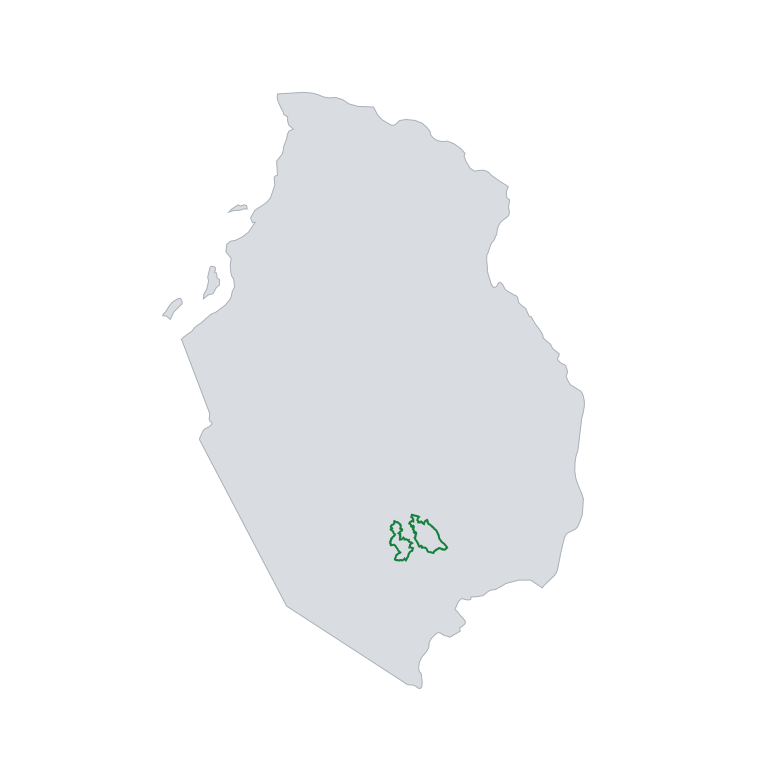 location of Kahama, Shinyanga, United Republic of Tanzania, rotated 213°
{"feature_id": "72390352B22692962057204", "entity_name": "Kahama", "entity_type": "district", "adm_level": 2, "iso_a3": "TZA", "parent_name": "United Republic of Tanzania", "parent_adm1": "Shinyanga", "projection": "albers", "projection_center": [32.403, -3.76], "detail": "fine", "context": "in_parent", "style": "outline", "palette": "green", "viewbox_px": 768, "rotation_deg": 213, "n_neighbors": 0, "source": "geoboundaries", "source_scale": "gbopen_adm2", "svg_char_len": 9460}
<svg xmlns="http://www.w3.org/2000/svg" viewBox="0 0 768 768"><g transform="rotate(213 384 384)"><path d="M297.0,520.5L289.7,516.7L283.2,514.4L277.8,511.8L275.4,509.3L270.3,508.4L266.0,508.0L261.9,505.6L253.6,504.8L252.7,503.2L252.5,499.8L251.1,498.9L248.1,498.0L244.8,498.1L242.8,498.6L241.7,498.3L238.9,496.3L236.4,493.7L235.5,489.6L231.7,487.0L227.3,484.9L215.1,485.1L213.2,484.5L210.3,482.4L206.9,479.0L204.2,475.0L201.8,469.7L199.3,462.5L185.2,433.8L183.8,428.3L181.1,422.3L176.6,414.9L171.8,409.4L165.4,404.4L158.1,399.5L154.1,396.1L146.6,382.6L145.0,376.3L143.8,369.7L144.3,367.0L149.0,358.5L149.4,356.2L148.8,352.9L146.5,346.2L143.5,338.0L137.5,323.1L136.7,319.3L136.7,316.5L140.2,301.3L140.1,299.2L154.2,299.4L164.4,292.8L173.3,282.8L175.1,278.7L178.7,272.3L182.3,269.1L183.6,266.9L185.7,260.5L190.3,256.2L194.9,252.9L194.0,250.6L194.6,249.7L197.1,248.0L202.0,246.4L202.9,243.1L202.9,239.4L202.1,237.3L202.2,234.8L201.5,233.5L198.3,233.1L193.6,231.3L189.6,230.5L187.0,229.4L186.0,228.6L185.5,226.3L187.7,220.5L185.5,218.1L190.4,208.5L191.3,207.3L193.1,207.2L195.9,206.1L198.5,205.7L200.6,206.0L202.2,205.6L203.6,204.5L204.8,201.3L205.7,195.8L205.2,191.4L203.1,187.9L202.6,182.7L203.5,175.7L202.8,169.8L200.6,165.2L198.2,162.4L194.7,161.1L189.1,154.0L187.4,150.6L187.7,148.4L189.7,147.5L193.2,147.8L196.5,147.0L199.6,145.0L202.6,144.4L204.2,144.7L344.7,144.7L508.3,236.8L509.0,237.9L510.3,245.8L510.0,248.5L507.4,253.0L506.7,255.4L506.6,257.0L507.2,257.7L509.4,257.9L511.2,259.0L511.9,259.9L513.3,263.3L515.0,265.0L576.9,310.3L578.3,311.0L577.4,314.8L573.8,323.9L573.6,327.7L572.2,332.2L570.8,335.1L567.2,347.9L564.1,352.7L560.0,363.9L559.2,372.5L561.5,378.6L562.3,384.2L567.0,389.8L570.8,391.8L573.4,394.4L577.9,400.2L580.5,406.0L588.7,408.9L591.9,415.5L590.7,419.9L586.8,423.6L583.2,429.6L580.3,437.4L580.1,449.5L582.1,447.7L586.4,450.6L586.9,459.5L582.3,469.8L580.9,474.6L580.7,478.8L583.8,491.2L588.7,497.5L588.3,499.4L587.0,501.1L595.4,512.3L594.6,521.9L597.7,529.5L599.0,536.0L601.0,541.0L601.4,544.5L598.8,548.3L604.9,549.3L608.5,552.5L610.2,555.5L614.6,555.4L617.0,557.4L620.5,559.2L628.1,564.3L630.1,566.8L631.3,569.2L610.2,584.9L602.5,588.9L597.1,590.7L591.3,591.7L585.7,594.2L580.5,598.0L573.8,599.9L565.7,599.9L557.1,602.6L543.6,610.6L535.9,606.1L529.7,604.6L522.7,604.7L518.4,605.2L516.8,606.2L515.5,608.9L514.3,613.5L509.6,617.8L501.5,622.0L494.0,623.5L487.2,622.4L482.6,620.6L480.2,618.2L476.6,617.1L471.9,617.2L467.4,618.9L463.1,622.2L456.2,623.6L446.8,623.1L441.7,621.5L441.0,618.8L436.9,615.6L429.4,611.9L423.8,611.8L420.2,615.3L416.9,617.5L414.0,618.3L411.3,618.4L407.5,617.5L397.1,617.1L387.2,617.2L386.2,612.1L384.2,609.0L382.4,607.1L379.0,606.7L378.1,605.2L376.9,602.1L375.3,599.4L373.0,597.1L371.7,595.1L371.3,593.2L371.6,591.1L373.7,585.8L374.4,582.3L374.1,578.6L373.0,574.9L370.7,570.4L371.0,569.1L370.2,566.0L370.1,563.9L370.6,561.3L370.1,557.8L368.1,550.3L368.1,548.4L366.0,544.7L359.4,536.2L359.1,535.1L348.8,526.4L344.7,524.5L343.2,526.1L342.7,527.6L343.1,530.4L342.8,531.8L342.4,532.4L340.0,532.3L338.4,532.0L334.5,529.6L331.5,529.1L323.9,529.5L321.3,530.0L319.2,529.5L315.2,525.5L310.5,524.7L306.3,524.5L299.4,520.0L297.0,520.5ZM590.0,377.5L593.4,387.0L592.9,388.8L590.5,389.8L589.2,389.9L587.8,388.4L586.7,385.2L584.9,385.9L581.8,382.1L578.7,381.9L576.0,377.3L577.1,373.3L576.6,366.5L579.9,363.0L581.8,357.1L584.0,361.2L584.4,367.4L587.2,374.8L590.0,377.5ZM606.9,320.8L607.2,323.1L606.5,325.2L606.6,332.0L606.3,336.5L603.7,342.7L601.6,344.9L599.7,344.2L598.2,343.2L597.0,341.4L599.5,330.1L598.4,321.7L603.2,322.5L606.9,320.8ZM598.9,458.1L596.5,458.7L595.6,458.1L594.1,456.2L596.7,454.7L599.2,451.6L605.0,447.1L607.8,443.5L607.3,447.0L604.0,454.7L601.2,455.2L598.9,458.1Z" fill="#d9dde1" stroke="#a8b0b8" stroke-width="1"/><path d="M241.9,281.2L242.2,281.4L243.1,281.6L243.6,281.9L244.4,282.1L245.0,282.3L245.8,282.5L246.4,282.8L248.4,282.8L250.8,283.3L251.5,283.8L253.3,284.4L253.9,284.8L254.6,285.7L255.3,286.3L255.6,286.7L255.8,286.8L255.8,287.0L256.1,287.2L256.2,287.3L256.5,287.2L256.7,287.4L257.1,287.7L257.4,287.8L257.8,288.3L258.5,288.4L258.8,288.7L258.9,288.8L259.3,289.0L259.7,289.4L260.3,289.6L260.5,289.7L260.6,289.8L260.8,289.8L261.0,289.9L261.3,289.8L262.3,289.8L262.6,289.8L262.9,290.0L263.2,290.0L263.5,290.1L264.0,290.2L264.3,290.3L264.3,290.5L264.7,290.5L264.9,290.6L265.0,290.5L265.3,290.6L266.0,290.5L266.2,290.8L266.6,290.8L266.9,290.7L267.3,290.9L268.1,291.0L268.8,291.2L269.4,291.0L269.5,291.0L269.8,290.8L270.6,290.9L270.8,291.1L271.6,291.4L272.0,291.7L272.0,292.0L272.4,292.5L272.5,292.5L272.8,292.6L273.0,292.6L273.1,292.8L273.2,292.7L273.4,292.9L273.6,293.0L273.7,293.3L273.9,293.4L274.0,293.2L274.6,292.1L274.8,291.1L274.8,290.1L274.4,289.0L274.2,288.3L274.9,288.3L275.2,288.4L275.3,288.3L275.7,288.4L276.0,288.3L276.8,288.8L277.8,289.0L278.2,288.8L278.5,288.5L278.5,287.4L278.7,287.2L279.0,287.0L280.0,286.6L280.1,286.9L280.5,287.5L281.2,287.8L281.9,287.9L282.2,288.6L282.3,289.7L282.5,290.1L282.4,291.2L282.3,291.5L282.9,291.4L283.1,291.5L283.2,291.3L283.4,291.3L283.6,291.3L284.2,291.1L284.8,291.1L285.2,290.9L285.7,290.8L286.0,290.5L286.7,290.3L287.2,290.2L287.5,290.0L288.2,289.9L288.4,289.8L288.6,289.8L289.0,289.5L289.4,289.4L289.3,289.1L288.9,288.2L288.8,287.7L288.6,287.2L287.2,287.4L286.2,286.4L285.6,286.3L284.6,284.7L285.5,284.5L286.0,284.3L286.1,284.2L286.3,283.2L286.9,282.7L287.0,282.0L286.8,280.7L285.7,280.9L285.2,280.8L284.2,280.2L284.0,279.5L283.9,279.4L283.6,279.3L283.1,279.4L283.1,280.4L282.4,280.8L282.1,281.1L281.8,280.9L281.4,280.7L281.2,280.5L281.2,280.4L281.2,280.0L281.3,279.5L281.3,279.2L280.7,279.2L280.5,277.8L279.8,277.8L279.3,277.5L278.7,277.0L278.5,276.4L277.7,276.5L277.5,276.9L276.1,276.9L275.7,276.3L276.0,276.0L276.0,275.8L276.3,275.6L275.3,275.5L275.1,275.0L275.0,273.5L274.5,273.2L274.3,273.0L274.6,271.7L273.9,271.4L272.6,270.5L271.3,270.1L271.0,269.9L270.7,269.8L270.4,269.6L269.8,269.4L269.4,269.0L269.1,268.9L268.7,268.8L268.5,268.5L268.4,268.4L268.1,268.2L267.8,268.0L267.6,268.1L267.5,267.9L267.2,267.6L266.8,267.3L266.6,267.1L266.2,267.0L266.1,266.9L265.8,266.8L265.5,267.3L265.1,267.7L265.0,268.0L264.9,268.4L264.5,268.7L264.1,268.6L263.8,268.4L263.3,267.5L263.1,267.3L262.6,267.6L262.2,268.1L261.6,268.6L261.3,268.6L260.9,268.7L260.5,269.1L259.6,269.2L259.0,269.1L258.1,268.6L257.9,268.5L257.4,268.2L256.9,268.0L256.8,267.8L256.1,267.4L255.6,267.4L254.6,267.6L253.0,268.5L252.2,268.6L250.5,269.2L250.5,269.6L250.6,270.2L250.8,270.6L250.7,271.2L250.7,271.4L250.6,271.5L250.3,272.1L250.3,272.4L249.9,272.7L250.1,273.4L249.8,273.7L249.6,274.2L249.0,274.8L248.9,275.2L248.7,275.3L248.8,275.7L248.5,276.5L247.1,276.9L246.9,277.0L246.6,276.9L246.0,276.9L245.8,276.8L245.4,277.0L245.3,277.3L245.1,277.4L244.7,277.3L244.7,277.5L244.1,277.5L243.9,277.6L243.6,277.7L243.2,277.8L243.1,278.1L242.8,278.2L242.8,278.4L242.6,278.6L242.5,278.8L242.6,279.1L242.3,279.7L242.4,280.2L242.0,280.8L241.9,281.2ZM269.7,248.0L269.8,248.5L269.6,248.9L269.6,249.1L269.7,249.7L270.1,250.6L270.0,251.0L269.8,251.2L269.8,252.4L270.0,253.0L270.5,253.7L270.4,254.2L270.4,254.5L270.7,254.9L270.8,255.1L270.7,255.9L270.8,257.3L270.4,258.2L269.9,259.0L269.5,259.4L269.6,260.0L270.0,260.4L270.0,260.5L270.2,262.1L271.6,261.8L272.3,261.6L273.7,260.7L273.9,261.2L274.0,261.9L274.2,262.6L274.4,263.0L274.6,263.3L274.4,264.5L273.8,265.9L275.4,265.9L275.7,265.6L276.1,265.5L276.6,265.3L277.0,265.4L277.9,265.8L278.2,266.6L278.9,265.9L279.7,266.1L280.6,266.0L280.9,265.7L281.2,265.3L281.9,264.8L282.1,265.2L282.6,265.4L283.1,265.5L283.3,265.5L284.1,265.7L284.2,264.9L284.2,264.6L284.3,264.4L284.5,263.5L284.8,263.0L285.1,262.8L285.9,262.2L286.5,263.1L287.0,263.7L287.1,264.9L287.2,265.2L287.5,265.5L288.0,265.4L288.3,265.6L288.6,267.1L288.8,267.3L289.2,267.2L289.4,267.2L289.6,266.9L290.1,266.9L290.4,266.7L290.5,266.7L290.1,268.2L290.1,269.0L289.6,269.8L289.3,270.5L289.5,270.5L289.6,271.9L290.2,272.1L290.4,272.1L290.7,271.9L290.8,271.6L291.6,271.5L291.8,272.1L292.2,273.1L292.5,274.0L293.0,274.5L294.0,274.7L294.1,274.8L294.0,275.1L295.8,275.3L296.5,275.5L297.2,275.5L297.3,275.2L297.7,275.0L298.5,275.0L299.8,274.7L300.7,274.7L300.7,274.4L300.4,274.0L300.1,273.7L299.4,272.6L299.7,271.8L299.7,271.4L299.9,270.9L300.7,270.0L300.7,268.1L300.3,267.8L298.8,267.6L298.4,267.4L298.5,267.1L298.9,266.4L299.3,265.9L299.3,265.7L299.0,265.5L298.7,265.5L296.3,265.4L295.8,265.1L295.1,264.4L293.9,264.1L292.7,263.8L292.7,263.1L292.7,262.6L292.9,262.1L292.8,261.9L292.8,261.6L293.0,261.4L293.1,261.1L293.2,260.6L293.4,260.4L293.4,259.9L293.5,259.6L293.5,259.0L293.7,258.3L293.7,258.1L293.4,258.1L293.5,257.9L293.3,257.7L293.3,257.3L293.0,256.8L293.0,256.4L292.9,256.0L293.0,255.6L292.9,255.6L293.0,255.1L292.8,254.8L292.5,254.8L292.1,254.4L292.0,254.1L291.9,253.5L291.4,253.5L291.0,253.5L290.7,253.1L290.5,252.5L290.4,252.5L289.9,252.8L289.1,253.7L288.3,254.5L287.9,254.7L287.3,254.7L287.0,254.5L286.2,254.4L284.4,253.6L283.7,253.4L282.7,253.0L282.0,252.4L281.3,252.1L280.4,251.9L279.1,251.6L278.5,251.6L278.5,251.4L279.1,250.5L279.5,249.9L279.8,249.1L279.9,248.5L280.4,247.5L280.3,247.3L280.2,247.2L280.3,246.6L279.9,245.2L279.6,244.2L279.7,243.8L279.6,243.4L279.3,242.9L279.1,243.0L278.8,242.8L278.4,242.8L277.6,243.0L277.4,243.3L276.5,243.9L276.1,243.8L275.6,243.9L275.2,244.1L274.7,245.0L274.4,245.2L274.1,245.5L273.9,245.7L272.9,245.6L272.5,246.2L272.4,246.4L272.2,246.5L272.0,247.4L271.6,248.4L271.6,248.7L270.1,248.1L269.7,248.0Z" fill="none" stroke="#15803d" stroke-width="2"/></g></svg>